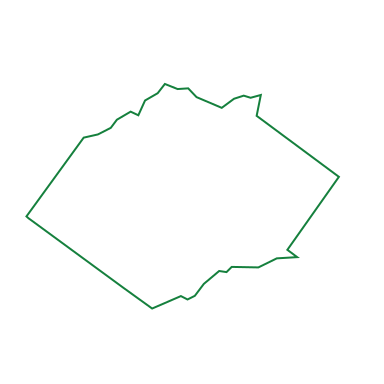 outline of Gibson, Tennessee, United States of America, rotated 124°
{"feature_id": "52423323B84989214455528", "entity_name": "Gibson", "entity_type": "district", "adm_level": 2, "iso_a3": "USA", "parent_name": "United States of America", "parent_adm1": "Tennessee", "projection": "albers", "projection_center": [-88.965, 36.007], "detail": "fine", "context": "isolated", "style": "outline", "palette": "green", "viewbox_px": 384, "rotation_deg": 124, "n_neighbors": 0, "source": "geoboundaries", "source_scale": "gbopen_adm2", "svg_char_len": 575}
<svg xmlns="http://www.w3.org/2000/svg" viewBox="0 0 384 384"><g transform="rotate(124 192 192)"><path d="M207.5,312.2L304.8,315.6L305.2,312.7L309.8,194.9L310.9,159.9L284.5,143.0L283.6,135.6L276.5,131.6L261.5,130.8L242.3,125.3L239.1,118.6L231.9,117.2L217.4,94.8L199.6,84.6L187.2,68.4L186.6,80.6L97.3,78.7L92.7,181.0L73.1,189.2L81.1,196.1L83.2,203.0L91.2,209.3L105.6,214.4L110.8,241.3L108.2,253.1L114.7,261.5L117.6,274.9L129.3,275.7L142.4,282.1L158.4,279.4L159.7,287.8L174.1,294.7L184.2,295.2L196.9,302.2L207.5,312.2Z" fill="none" stroke="#15803d" stroke-width="2"/></g></svg>